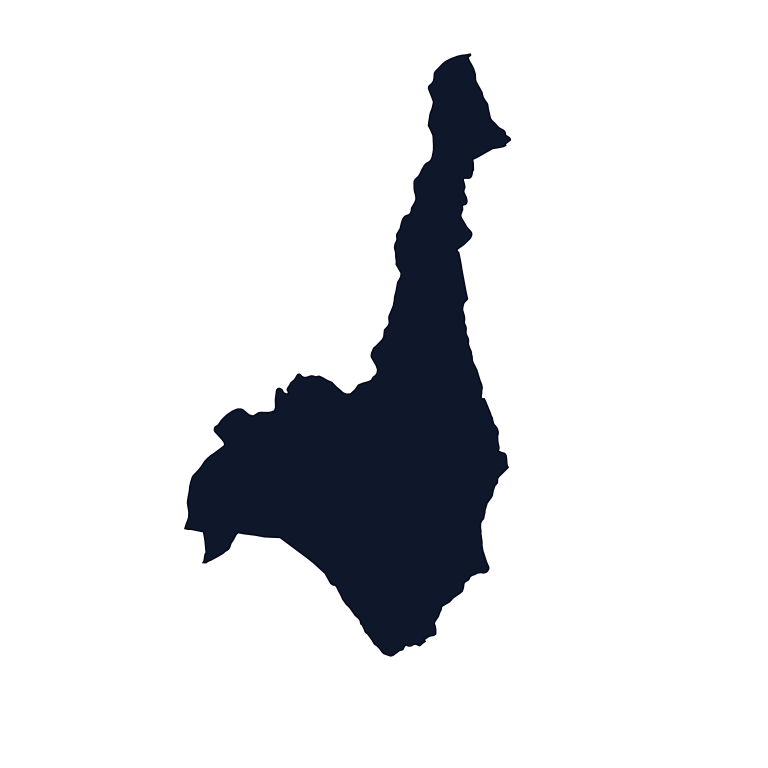 Guachapala, Azuay, Ecuador, rotated 328°
{"feature_id": "8360857B86752754342516", "entity_name": "Guachapala", "entity_type": "district", "adm_level": 2, "iso_a3": "ECU", "parent_name": "Ecuador", "parent_adm1": "Azuay", "projection": "natural_earth1", "projection_center": [-78.692, -2.767], "detail": "fine", "context": "isolated", "style": "filled", "palette": "ink", "viewbox_px": 768, "rotation_deg": 328, "n_neighbors": 0, "source": "geoboundaries", "source_scale": "gbopen_adm2", "svg_char_len": 6171}
<svg xmlns="http://www.w3.org/2000/svg" viewBox="0 0 768 768"><g transform="rotate(328 384 384)"><path d="M613.6,246.1L613.6,245.6L613.8,244.9L615.4,244.5L620.5,244.0L620.9,242.9L620.7,241.2L619.2,238.2L619.1,237.3L619.4,236.1L619.9,235.2L620.1,233.8L619.9,232.5L617.1,227.4L616.1,221.9L615.1,218.0L614.9,216.2L615.0,214.9L617.7,207.1L620.0,201.7L620.1,200.9L619.9,197.9L620.0,193.2L621.6,188.4L622.2,176.4L622.9,174.2L625.4,169.9L627.0,164.1L627.4,159.3L627.4,155.6L628.0,152.3L628.8,151.4L631.5,151.1L631.9,150.6L632.0,150.0L628.5,148.7L623.9,146.5L620.2,145.2L613.5,143.8L607.1,143.2L605.3,143.4L603.7,143.6L593.5,146.2L591.6,147.1L588.1,151.7L586.4,153.4L584.0,154.5L579.9,155.3L579.3,155.8L578.3,157.2L576.5,166.9L575.6,170.9L575.2,171.5L571.0,175.8L567.0,178.8L565.5,180.3L559.0,187.9L558.6,188.7L558.3,193.4L557.4,198.9L556.6,200.7L552.5,208.0L550.2,211.6L548.5,213.6L544.8,217.5L542.9,218.8L541.6,219.3L540.3,219.6L536.8,219.4L534.3,220.0L530.0,222.3L525.8,225.0L523.4,226.2L519.3,227.0L517.1,228.1L516.1,229.4L512.9,234.9L512.0,236.9L511.0,240.4L510.0,242.7L508.7,244.7L506.2,246.6L501.4,249.0L500.2,249.9L498.7,252.0L496.7,253.4L494.3,253.7L492.5,253.1L491.4,253.0L489.9,253.1L487.8,253.9L486.1,255.1L483.4,257.5L480.2,260.8L474.1,263.9L473.0,265.6L471.9,268.1L469.7,270.0L468.2,270.8L467.0,271.8L465.4,273.8L464.9,274.7L463.8,278.2L463.1,279.6L461.4,282.4L459.5,286.7L457.8,289.0L457.4,299.0L455.3,301.8L452.8,303.4L449.8,304.9L448.1,306.6L443.8,311.4L439.3,315.7L437.1,318.6L433.4,322.7L424.0,329.4L422.6,331.5L421.2,334.7L419.5,336.3L417.4,337.3L413.7,338.3L413.0,338.6L408.7,344.1L405.7,345.7L397.6,347.7L394.2,348.2L389.8,351.3L388.0,353.6L387.6,354.9L387.3,364.2L386.2,368.6L384.3,370.8L382.9,371.8L380.2,372.5L378.2,372.6L376.4,373.7L375.5,374.1L374.6,374.2L372.0,373.9L366.0,372.1L361.6,371.4L356.6,373.6L350.9,374.7L349.3,374.3L346.9,372.9L345.2,370.9L344.3,369.2L343.2,365.1L342.0,361.8L340.5,354.9L337.6,350.9L335.3,346.5L333.4,343.5L332.4,342.7L330.0,342.0L328.3,340.0L326.7,338.7L325.6,338.3L322.5,337.6L320.8,336.9L319.6,336.2L318.3,334.1L317.8,331.5L317.4,330.8L316.1,330.3L314.5,330.9L311.4,332.6L309.7,333.1L305.4,333.8L303.6,335.0L300.5,336.3L299.2,337.2L298.7,338.3L298.8,339.9L298.4,340.7L297.7,341.3L297.0,341.3L295.8,341.0L294.1,338.2L294.4,335.0L294.0,334.0L293.4,332.8L292.6,332.1L291.3,331.8L290.1,332.1L289.3,332.8L283.7,339.7L280.4,345.4L279.4,346.8L277.1,348.7L274.2,348.3L271.8,347.5L270.1,346.6L264.5,342.9L262.3,342.0L256.2,342.0L253.5,339.4L252.5,337.0L250.7,331.3L249.5,329.6L246.7,327.8L244.1,327.2L240.4,326.8L234.5,327.0L230.1,327.9L227.0,328.7L221.7,331.0L218.3,331.0L217.0,331.6L216.1,332.6L215.5,333.9L215.5,335.2L217.3,344.5L217.6,347.9L217.3,349.9L217.0,351.0L215.9,351.7L214.0,352.0L202.4,353.0L199.2,353.0L194.5,353.8L191.0,354.7L185.6,357.2L181.6,358.7L173.6,360.7L171.5,362.0L167.8,365.2L165.3,367.8L161.8,372.2L158.3,375.9L154.6,380.3L153.2,383.3L151.3,388.0L150.4,389.8L148.3,392.8L146.4,394.9L142.0,398.1L138.6,401.1L140.9,403.4L143.0,404.6L152.7,413.7L149.2,422.2L144.0,432.5L143.6,432.9L141.9,433.8L138.6,437.6L138.0,438.4L136.0,439.6L138.3,441.2L140.5,441.0L144.2,441.6L153.2,442.1L158.1,442.2L160.3,441.7L162.7,441.8L164.5,441.6L165.5,441.2L167.1,440.2L169.7,438.0L173.7,436.2L178.1,433.6L179.4,433.0L181.6,432.7L185.8,436.6L194.8,443.9L201.8,450.3L214.6,459.1L227.4,492.0L229.6,498.3L233.8,513.4L233.2,524.9L233.9,526.6L234.7,527.8L235.8,528.5L236.3,529.4L236.3,532.2L235.9,535.8L235.6,540.9L235.0,544.6L235.4,551.1L236.1,553.6L236.6,556.3L237.0,564.8L238.3,569.4L238.5,571.1L238.3,572.4L237.3,575.3L237.9,577.0L237.3,582.1L236.8,583.9L236.9,585.1L237.8,587.7L238.3,595.0L238.1,599.6L239.2,601.7L239.5,602.9L240.1,605.3L240.5,610.5L241.0,612.5L245.3,617.9L245.9,618.3L248.0,618.8L256.1,618.2L259.1,619.2L261.8,617.6L264.3,616.6L265.2,618.2L266.2,619.4L268.4,620.5L270.5,620.4L273.2,621.4L275.1,624.3L275.7,624.8L276.9,624.7L279.3,624.2L282.5,624.1L282.5,622.8L282.8,621.8L284.1,622.0L288.0,621.8L291.0,622.5L292.6,623.4L293.9,623.6L295.4,623.3L296.0,622.5L297.9,619.2L299.1,616.2L299.5,614.1L299.9,613.4L301.8,612.1L306.8,609.9L310.3,607.1L312.6,605.8L314.3,603.8L315.2,603.2L324.3,603.4L329.7,601.9L337.7,601.6L340.4,601.2L343.1,599.1L345.7,595.9L346.6,595.2L347.6,594.8L351.5,594.8L352.5,594.5L355.0,593.0L356.1,592.9L358.0,593.0L359.9,593.6L363.2,593.7L366.3,595.2L368.3,597.0L370.6,597.7L372.2,597.6L374.5,596.5L375.3,595.6L375.8,594.4L376.5,589.3L379.4,577.8L381.6,572.5L383.4,569.8L386.8,562.1L388.0,560.5L389.9,556.4L391.9,553.5L392.8,552.7L394.9,551.5L396.8,551.0L397.7,550.3L399.3,548.4L401.2,546.7L402.6,544.6L408.3,539.6L415.0,536.9L416.7,535.9L420.1,532.2L424.0,529.0L427.7,527.9L429.9,524.8L430.8,524.0L431.9,523.5L445.1,520.5L445.2,518.7L445.8,516.9L448.5,511.9L449.5,509.6L449.7,507.9L449.3,506.6L447.2,504.2L445.2,501.4L446.9,500.0L447.9,498.6L449.7,493.7L450.9,491.4L452.6,488.4L454.3,486.8L455.4,485.1L455.8,483.9L456.4,481.5L456.3,479.1L455.9,477.4L455.8,476.1L456.1,474.7L457.1,471.7L457.7,470.7L458.2,466.4L458.5,466.0L460.9,452.1L461.1,449.6L459.6,449.0L459.2,448.2L459.2,447.2L459.6,446.2L461.7,443.8L463.4,441.2L464.9,439.7L465.5,438.6L466.5,436.0L467.3,431.4L470.1,421.1L470.8,413.4L471.1,411.7L471.5,410.5L473.3,407.2L473.8,405.2L474.8,403.5L475.2,402.0L475.7,398.2L476.7,394.6L477.9,393.1L479.2,390.9L479.8,388.1L479.8,386.5L480.1,385.3L480.6,383.9L483.0,380.6L483.9,378.5L484.3,374.9L487.0,371.2L488.1,368.9L489.6,363.4L490.4,361.9L492.0,360.0L494.2,357.9L495.9,357.2L499.8,356.2L503.1,347.2L510.8,327.7L513.5,321.4L517.0,312.0L516.4,310.7L516.6,309.5L517.1,308.9L518.2,308.4L525.5,308.0L534.0,306.2L535.1,305.7L536.9,304.4L537.7,303.6L538.3,302.0L538.3,301.0L537.3,294.6L537.6,284.3L537.9,282.6L538.8,281.0L543.0,277.8L544.8,274.5L545.5,274.1L546.1,274.1L547.9,274.7L548.8,274.7L549.6,274.5L550.3,274.0L551.0,273.2L551.6,272.1L552.6,269.5L553.2,263.8L554.2,262.1L556.5,260.3L557.1,259.3L558.0,257.1L559.1,253.2L559.8,252.0L561.0,251.9L561.7,252.2L565.3,254.6L566.8,254.7L568.4,254.0L569.7,252.8L572.0,250.3L572.4,249.9L573.1,250.0L576.7,243.9L578.1,240.4L582.6,241.0L600.9,241.8L606.8,244.3L611.2,245.9L613.6,246.1Z" fill="#0f172a" stroke="#020617" stroke-width="1.5"/></g></svg>